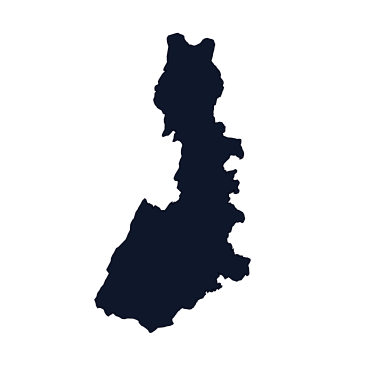 outline of Isandra, Haute Matsiatra, Madagascar, rotated 24°
{"feature_id": "10022922B29889196912325", "entity_name": "Isandra", "entity_type": "district", "adm_level": 2, "iso_a3": "MDG", "parent_name": "Madagascar", "parent_adm1": "Haute Matsiatra", "projection": "equal_earth", "projection_center": [46.965, -21.25], "detail": "fine", "context": "isolated", "style": "filled", "palette": "ink", "viewbox_px": 384, "rotation_deg": 24, "n_neighbors": 0, "source": "geoboundaries", "source_scale": "gbopen_adm2", "svg_char_len": 6102}
<svg xmlns="http://www.w3.org/2000/svg" viewBox="0 0 384 384"><g transform="rotate(24 192 192)"><path d="M257.3,265.9L255.6,266.2L255.2,264.4L254.0,264.4L253.0,265.8L252.0,265.8L250.6,263.3L249.5,262.2L249.3,261.8L249.7,260.0L250.7,258.0L250.7,257.4L249.4,255.4L251.8,255.4L253.2,255.1L255.6,256.1L257.5,257.5L259.9,254.1L264.9,255.5L269.2,255.0L270.3,253.4L272.4,252.0L273.6,247.2L273.5,245.6L274.7,245.2L276.2,245.8L277.0,244.6L277.0,243.6L274.2,238.3L272.7,236.8L272.5,234.6L272.8,233.7L272.8,231.4L272.6,230.4L272.1,230.0L269.2,230.0L268.2,230.6L266.2,230.9L265.1,231.4L263.9,230.3L261.2,231.5L260.7,230.9L259.4,230.9L258.6,231.0L257.7,231.9L256.4,232.5L255.8,232.1L254.9,230.5L254.0,230.0L252.8,227.7L251.8,228.9L251.1,228.6L250.8,226.1L249.2,224.7L249.0,224.2L247.7,223.8L247.2,224.5L246.6,224.6L246.1,224.3L244.4,223.9L243.3,222.2L242.3,220.3L242.4,219.3L242.9,218.6L242.6,217.0L241.4,214.8L241.8,213.9L243.0,212.9L243.2,211.9L242.3,207.2L243.3,205.2L243.5,203.1L244.4,201.2L246.2,200.6L247.5,199.2L248.6,198.9L249.4,199.4L250.5,199.1L250.8,198.0L250.7,195.1L248.1,191.6L246.2,190.4L242.2,190.1L240.2,190.4L239.2,189.7L237.4,189.1L235.1,187.2L232.9,187.5L231.6,186.7L230.1,187.7L228.7,187.3L228.4,186.3L229.0,185.0L229.2,183.5L229.0,182.4L228.8,182.2L227.8,182.2L227.1,181.5L226.0,179.2L226.0,178.4L227.6,177.1L228.0,176.2L228.8,175.5L229.3,173.6L229.8,173.2L230.3,173.7L230.5,174.9L231.1,175.7L231.6,175.7L232.7,175.4L234.4,173.7L234.4,172.6L234.2,171.8L233.8,171.3L232.3,170.7L231.3,169.5L231.1,168.3L231.3,165.1L231.0,164.1L228.7,162.9L226.5,164.6L223.8,164.3L223.5,163.1L223.8,161.2L223.0,158.9L223.5,157.4L224.2,156.1L224.1,154.6L223.6,154.2L222.6,154.1L221.1,156.0L216.9,158.8L215.7,160.6L215.2,160.6L214.4,159.3L214.0,159.1L212.1,159.4L211.2,157.4L209.5,156.4L209.0,154.5L209.1,152.9L210.7,148.4L211.6,146.5L211.8,145.6L211.5,143.7L211.7,142.5L212.5,141.8L215.4,141.1L215.9,140.4L216.5,140.2L218.0,140.3L218.6,140.8L219.9,141.0L221.7,140.6L222.4,142.0L223.3,141.3L224.2,139.7L223.7,136.9L223.1,135.6L221.5,133.8L219.9,132.9L219.7,132.2L218.1,130.6L217.2,130.2L216.5,129.5L216.5,127.8L215.4,124.8L214.9,124.5L212.8,125.3L212.1,126.0L210.5,126.0L205.9,127.1L202.8,128.3L198.0,128.5L197.4,128.4L195.2,125.5L195.4,124.7L196.4,124.6L196.9,123.7L196.8,122.4L196.3,121.8L195.5,119.1L194.9,119.1L194.5,119.6L193.8,118.1L192.4,117.7L191.7,117.0L191.2,116.8L188.9,117.2L187.6,118.4L185.4,119.7L184.9,119.8L184.4,119.5L182.2,115.4L180.1,114.3L179.8,113.7L179.5,112.4L178.3,110.5L177.7,107.6L176.2,104.4L176.1,103.7L176.8,103.4L177.5,102.5L176.6,98.1L176.0,96.3L177.2,95.3L177.3,93.7L178.7,93.3L178.6,89.4L178.2,88.3L178.4,86.7L178.1,83.8L176.9,83.3L176.1,82.5L176.0,79.9L175.1,78.5L170.7,76.0L170.2,73.6L169.1,72.1L167.6,70.7L163.6,68.8L162.6,67.9L160.3,67.4L158.9,66.4L157.0,65.6L156.0,64.7L155.6,64.0L155.1,60.0L154.3,57.1L153.8,53.5L152.8,49.9L152.9,49.3L152.3,47.6L151.7,47.3L149.8,45.1L148.0,44.9L146.4,45.4L143.8,45.6L141.8,46.9L140.6,48.6L139.7,52.5L138.6,54.2L135.7,57.5L134.0,58.3L131.2,58.5L129.9,59.1L129.1,59.0L127.4,58.0L125.7,57.6L123.2,56.2L122.1,55.2L121.2,53.5L120.2,53.0L117.9,53.0L117.2,53.4L115.0,52.9L113.4,53.8L107.3,59.1L107.0,60.9L107.2,62.0L109.1,65.2L111.9,68.4L114.4,78.1L117.1,83.5L116.5,90.0L116.8,91.9L117.7,92.0L118.3,91.5L118.9,91.7L119.1,92.3L117.5,96.2L116.6,102.8L116.6,104.6L118.1,107.0L118.0,107.6L116.2,109.6L115.9,110.4L115.9,111.2L116.0,112.0L117.1,113.9L118.5,113.9L119.0,114.4L118.4,117.0L119.6,120.1L119.6,122.6L119.8,123.4L121.4,125.4L123.2,127.0L124.9,127.6L126.1,128.6L129.3,129.1L130.5,129.0L131.6,129.5L133.8,131.5L136.2,131.6L136.6,132.1L137.3,136.7L138.7,139.5L140.1,140.8L142.0,145.4L142.2,146.5L141.9,148.3L141.9,151.2L142.2,152.5L142.9,152.9L145.0,150.7L147.1,149.4L148.3,146.2L148.8,144.0L149.9,142.8L150.6,142.7L152.9,143.6L153.7,144.3L152.8,146.3L154.2,151.2L154.1,152.0L154.2,153.2L155.0,153.0L157.0,150.3L158.4,150.0L160.3,149.9L162.6,150.8L164.1,152.1L164.9,153.0L165.3,156.8L166.0,159.0L166.8,160.8L168.8,163.5L168.6,167.2L169.1,171.4L170.5,173.2L171.0,175.5L170.1,182.6L170.2,186.4L170.6,187.1L172.0,188.0L173.3,187.4L174.5,187.5L175.1,186.9L175.5,187.1L176.2,190.4L176.6,191.2L177.0,194.1L182.9,196.3L182.7,199.4L182.4,200.2L182.5,200.7L183.3,201.3L183.5,201.8L183.7,204.2L183.4,205.1L181.5,208.3L180.0,208.8L179.7,210.3L179.1,211.3L178.7,211.1L177.9,209.7L177.6,210.1L176.7,212.1L175.4,219.0L174.8,220.3L172.5,221.3L172.2,221.7L171.4,221.8L170.0,221.2L168.8,220.3L164.1,219.7L162.9,222.9L162.7,223.0L161.5,221.0L160.6,220.4L159.4,220.6L158.0,220.2L156.7,220.8L155.1,220.4L152.7,217.9L151.7,217.7L150.7,220.6L150.7,223.3L150.0,228.5L150.1,229.8L149.4,233.4L150.3,239.8L149.6,241.8L149.4,244.8L149.5,246.7L151.5,251.9L151.2,256.9L151.4,259.0L151.4,262.3L147.8,272.2L146.2,274.5L146.1,278.7L145.6,282.0L145.6,285.0L146.6,288.4L146.0,297.6L149.8,299.7L149.9,300.7L149.5,306.2L149.2,307.6L149.4,312.8L148.2,316.5L148.1,319.5L147.4,322.1L147.4,323.6L148.0,326.1L147.5,329.3L147.2,329.7L150.2,332.9L150.9,334.3L152.4,335.5L153.0,335.8L153.9,335.0L155.6,334.4L158.9,334.6L159.9,335.1L161.6,337.0L163.7,338.5L165.8,339.1L167.7,335.7L168.0,335.8L168.5,334.5L168.8,334.3L169.9,334.4L172.7,335.5L176.4,335.2L179.7,335.7L182.1,334.8L183.9,333.2L189.5,330.9L193.3,330.6L196.1,330.9L197.0,332.5L200.1,334.0L202.2,334.0L206.2,334.8L208.5,335.5L210.2,337.0L211.2,336.9L212.0,336.2L213.7,333.5L215.0,330.9L215.4,329.2L217.0,328.7L221.3,326.1L223.4,324.2L225.9,322.7L228.0,320.3L228.1,319.9L226.1,318.4L224.7,316.0L225.5,314.4L227.3,306.2L228.2,304.9L228.7,303.1L230.3,301.0L232.0,301.3L234.9,300.3L236.3,300.1L237.5,299.6L238.7,298.6L239.0,297.6L240.0,296.3L239.9,294.8L240.4,293.5L240.3,291.3L240.8,290.1L240.7,288.9L241.3,287.6L242.4,286.1L244.7,284.2L245.1,281.0L245.7,280.0L244.3,278.5L244.5,277.7L244.9,277.4L244.7,276.6L245.5,275.9L246.1,275.9L247.1,277.0L247.8,275.4L249.1,275.0L249.9,275.2L251.0,274.5L251.2,274.2L250.8,272.4L251.1,272.2L251.3,272.7L252.0,272.6L252.7,272.9L253.3,272.5L253.3,271.1L253.9,269.7L254.2,269.5L255.7,269.8L255.9,268.6L256.2,268.5L257.5,266.7L257.3,265.9Z" fill="#0f172a" stroke="#020617" stroke-width="1.5"/></g></svg>